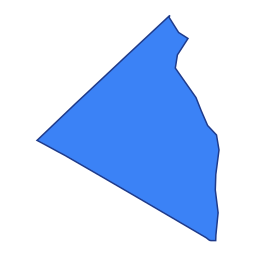 Rockland, New York, United States of America (Equal Earth projection)
{"feature_id": "52423323B64631698212491", "entity_name": "Rockland", "entity_type": "district", "adm_level": 2, "iso_a3": "USA", "parent_name": "United States of America", "parent_adm1": "New York", "projection": "equal_earth", "projection_center": [-73.992, 41.161], "detail": "fine", "context": "isolated", "style": "filled", "palette": "blue", "viewbox_px": 256, "rotation_deg": 0, "n_neighbors": 0, "source": "geoboundaries", "source_scale": "gbopen_adm2", "svg_char_len": 512}
<svg xmlns="http://www.w3.org/2000/svg" viewBox="0 0 256 256"><path d="M169.8,15.4L123.5,58.6L108.2,73.0L75.1,104.0L37.0,140.4L49.0,146.8L57.4,151.4L64.2,155.0L109.2,181.0L111.4,182.3L138.4,198.0L181.6,223.3L206.3,237.8L208.8,239.8L209.9,240.4L211.1,240.6L215.7,240.6L215.9,235.1L218.1,212.8L215.3,190.0L215.8,174.5L219.0,150.0L216.5,135.0L207.6,125.5L201.1,110.5L196.0,97.6L187.3,85.2L175.3,68.1L177.4,54.9L188.0,38.5L178.6,32.5L169.1,17.4L169.8,15.4Z" fill="#3b82f6" stroke="#1e3a8a" stroke-width="1.5"/></svg>